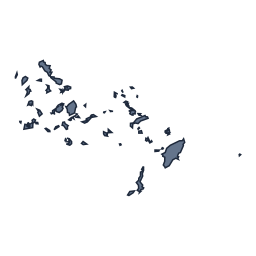 Notioy Aigaioy, Notio Aigaio, Greece
{"feature_id": "26713481B52894455575268", "entity_name": "Notioy Aigaioy", "entity_type": "district", "adm_level": 2, "iso_a3": "GRC", "parent_name": "Greece", "parent_adm1": "Notio Aigaio", "projection": "natural_earth1", "projection_center": [26.069, 36.671], "detail": "fine", "context": "isolated", "style": "filled", "palette": "slate", "viewbox_px": 256, "rotation_deg": 0, "n_neighbors": 0, "source": "geoboundaries", "source_scale": "gbopen_adm2", "svg_char_len": 5802}
<svg xmlns="http://www.w3.org/2000/svg" viewBox="0 0 256 256"><path d="M184.7,142.4L183.6,138.8L182.3,140.7L179.5,140.8L170.4,145.2L166.7,148.3L165.2,152.5L161.8,154.2L162.9,155.2L162.8,156.3L164.8,157.2L164.7,161.4L163.3,165.0L165.4,167.6L164.6,168.2L169.2,165.7L172.8,159.8L175.8,158.2L178.3,159.3L177.8,158.4L178.6,156.8L177.5,156.6L177.8,155.0L178.8,153.1L180.4,152.5L183.4,145.6L183.1,144.3L184.7,142.4ZM75.9,104.2L73.6,100.9L68.6,104.5L66.8,106.9L65.8,106.6L67.2,109.2L67.5,112.4L69.1,113.0L69.5,115.3L74.5,113.0L75.7,107.4L76.5,106.9L75.9,104.2ZM45.3,64.3L45.1,62.5L43.6,62.0L43.3,60.5L39.4,62.2L38.9,64.3L40.1,67.0L41.0,66.2L42.4,66.8L44.8,70.8L47.3,72.3L48.9,75.7L50.4,76.5L50.1,75.5L51.9,72.2L49.9,72.1L51.1,69.9L49.2,68.4L50.1,65.7L46.9,65.5L45.3,64.3ZM143.3,171.0L140.5,172.1L140.4,176.1L138.8,178.2L138.7,180.2L136.3,182.5L138.4,185.2L138.7,188.3L137.2,190.3L139.6,191.7L139.4,192.7L140.8,191.4L140.0,191.4L140.9,189.5L143.2,188.9L143.7,187.8L142.0,186.8L142.7,185.1L140.0,181.8L142.7,176.0L142.3,173.8L143.3,171.0ZM145.7,116.7L145.0,115.5L136.7,118.9L133.4,122.9L130.5,123.3L130.4,126.1L132.5,127.9L132.8,123.9L135.4,123.0L138.1,123.6L140.6,121.0L148.1,118.3L147.5,116.9L145.7,116.7ZM54.1,77.0L51.2,76.8L50.8,77.6L56.0,81.8L56.2,83.1L59.6,84.6L61.4,83.9L62.1,80.2L59.6,78.8L54.2,78.2L54.1,77.0ZM61.2,103.6L58.3,105.1L57.2,106.4L58.1,106.7L56.2,108.0L55.8,110.4L56.6,111.6L59.2,112.5L62.0,110.4L63.1,108.2L62.2,107.2L63.8,103.9L62.6,103.5L62.5,104.8L60.9,105.2L61.2,103.6ZM29.9,124.3L28.3,122.8L27.6,123.3L28.3,125.2L30.0,126.1L29.0,127.0L27.0,126.3L26.9,124.7L24.9,124.3L23.9,129.2L32.7,127.6L32.9,123.6L31.7,123.0L29.9,124.3ZM27.8,78.1L25.4,76.5L23.1,77.8L22.0,80.4L22.3,84.7L26.9,80.4L27.8,78.1ZM93.4,114.6L91.4,115.0L90.8,115.8L91.7,116.3L86.3,118.8L86.2,119.6L87.2,119.9L86.6,120.6L82.0,121.8L84.6,123.1L87.4,121.9L91.5,117.4L96.3,116.5L93.4,114.6ZM131.7,108.0L128.6,107.5L132.2,110.4L131.1,110.3L129.8,113.7L131.9,115.0L133.0,115.1L133.0,113.7L135.7,114.0L134.8,113.4L135.5,111.5L135.0,110.6L133.1,110.1L132.5,109.3L133.2,109.2L131.7,108.0ZM64.5,122.0L62.8,122.3L62.1,125.3L63.7,125.7L66.3,129.4L67.5,129.0L67.4,126.6L68.2,125.7L65.1,123.7L64.5,122.0ZM28.6,88.9L28.8,86.7L25.9,89.7L27.0,90.3L27.3,92.6L25.9,96.0L29.0,93.6L29.6,91.3L30.8,91.1L30.1,89.5L28.6,88.9ZM108.3,129.3L108.3,130.9L109.5,130.5L108.6,131.0L109.0,132.4L106.6,133.1L103.6,131.7L103.6,133.9L104.6,135.6L107.5,136.1L106.6,134.6L107.3,134.5L107.6,132.8L111.9,132.5L108.3,129.3ZM66.6,86.1L64.4,86.7L65.3,88.2L64.2,89.2L64.3,90.8L65.0,89.8L68.2,90.2L68.4,89.2L70.6,88.6L70.7,87.1L67.9,86.0L67.1,87.7L66.6,86.1ZM49.2,89.3L49.0,85.8L46.9,85.2L47.8,86.4L47.6,88.5L46.0,90.4L47.1,91.3L46.8,92.8L50.7,90.9L49.2,89.3ZM37.0,109.1L38.6,111.6L37.8,112.3L39.4,116.2L42.1,113.9L39.7,110.2L37.0,109.1ZM31.3,100.8L29.1,101.5L27.8,105.1L29.7,104.2L29.6,105.0L31.4,105.6L32.0,103.8L32.7,104.6L32.7,101.4L31.3,100.8ZM69.2,138.7L66.8,138.1L68.7,138.8L69.5,142.2L68.6,143.7L66.3,144.0L69.8,145.2L71.6,143.7L71.6,141.6L69.2,138.7ZM134.4,190.9L129.8,191.5L127.6,195.0L128.9,195.5L133.1,192.8L134.4,190.9ZM149.6,141.1L148.0,137.5L147.3,138.8L145.9,138.2L145.6,140.4L146.7,141.1L148.2,140.1L149.8,142.9L152.0,141.7L151.6,140.9L151.2,141.6L149.6,141.1ZM167.0,130.4L167.9,129.4L165.1,131.0L165.2,132.2L166.9,132.1L166.2,133.3L168.4,133.6L167.9,134.8L169.6,134.0L169.0,133.3L169.6,132.7L168.8,132.6L169.6,132.0L169.3,130.0L167.0,130.4ZM125.8,101.1L124.0,102.4L126.5,103.5L125.7,104.5L126.3,105.5L127.7,104.6L126.6,105.6L127.1,106.2L128.9,106.0L127.8,103.9L128.3,103.3L126.8,103.1L127.6,101.8L125.8,101.1ZM59.0,126.6L58.6,125.7L55.8,126.7L54.1,129.7L59.0,126.6ZM141.4,130.7L138.8,131.2L138.8,133.1L142.1,133.1L141.4,130.7ZM86.8,144.1L83.1,141.5L81.5,143.4L83.2,144.6L86.8,144.1ZM33.7,119.0L32.1,120.3L32.8,122.7L34.2,122.6L35.5,120.0L33.7,119.0ZM54.7,114.4L54.2,112.7L55.4,108.8L52.6,110.7L52.6,112.3L54.7,114.4ZM117.7,94.0L114.4,92.2L114.2,96.4L115.3,96.5L114.8,97.2L115.6,97.5L116.1,95.9L114.9,94.7L115.7,93.6L117.7,94.0ZM49.7,130.5L46.1,128.2L45.2,128.6L48.0,131.6L49.9,131.6L49.7,130.5ZM159.2,150.1L155.0,150.0L155.0,151.5L158.8,151.1L159.2,150.1ZM143.5,170.0L143.6,167.1L143.1,166.9L141.6,169.4L142.4,170.4L143.5,170.0ZM71.3,120.0L71.1,117.8L68.7,119.8L70.2,120.5L71.3,120.0ZM15.4,78.5L17.3,74.7L16.9,72.8L15.4,76.7L15.4,78.5ZM37.7,122.5L35.6,122.3L36.0,123.7L38.0,123.8L37.7,122.5ZM41.4,79.2L40.0,79.2L37.6,80.5L41.4,81.2L41.4,79.2ZM124.8,95.6L122.2,94.6L121.7,95.4L124.7,97.0L124.8,95.6ZM79.5,117.6L78.2,115.9L76.5,117.3L79.5,117.6ZM140.5,113.7L138.0,113.6L139.0,115.2L140.7,115.3L139.7,114.5L140.5,113.7ZM133.7,88.2L132.3,87.0L130.4,87.1L131.5,88.7L133.7,88.2ZM61.2,89.5L60.0,89.3L61.4,91.1L60.8,92.4L62.2,92.0L61.2,89.5ZM85.5,106.8L85.7,104.3L84.3,105.5L83.6,105.0L85.5,106.8ZM239.4,155.8L240.6,154.7L239.9,154.4L240.3,153.7L239.2,154.5L239.4,155.8ZM66.2,139.7L65.5,138.9L65.0,140.7L66.0,141.2L66.2,139.7ZM113.0,111.3L110.1,110.7L110.6,111.3L109.8,111.6L113.0,111.3ZM121.1,144.8L120.6,143.8L119.5,144.0L120.0,145.3L121.1,144.8ZM20.8,123.0L21.1,121.4L19.8,121.4L20.0,122.3L20.8,123.0ZM73.8,118.8L73.0,116.8L72.2,117.8L73.8,118.8ZM53.0,113.2L51.0,113.1L51.4,113.8L53.0,113.2ZM163.3,148.3L162.3,147.7L161.7,148.8L162.7,148.4L162.4,149.6L163.3,148.3ZM123.1,92.6L122.1,90.3L121.7,90.8L123.1,92.6ZM76.3,114.8L77.1,114.5L77.3,114.1L76.2,113.8L76.3,114.8ZM105.2,111.7L103.8,112.0L103.7,112.6L104.5,112.8L105.2,111.7ZM130.4,110.9L128.8,110.6L130.2,111.7L130.4,110.9ZM168.8,128.1L167.8,128.6L167.7,129.2L168.8,129.2L168.8,128.1ZM139.5,128.1L139.0,127.4L137.9,128.7L138.2,129.3L139.5,128.1ZM137.4,97.2L137.6,95.9L137.2,95.6L136.8,96.9L137.4,97.2ZM75.0,116.4L76.1,115.0L74.3,116.3L75.0,116.4ZM68.5,141.3L67.5,141.8L68.3,141.9L68.5,141.3ZM62.8,92.3L63.2,91.5L62.8,90.3L62.7,90.7L62.8,92.3Z" fill="#64748b" stroke="#1e293b" stroke-width="1.5"/></svg>